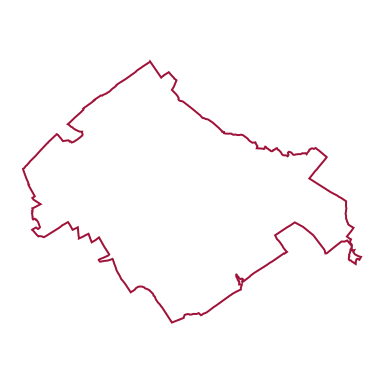 outline of Albesti, Botosani, Romania
{"feature_id": "2599482B63147515307079", "entity_name": "Albesti", "entity_type": "district", "adm_level": 2, "iso_a3": "ROU", "parent_name": "Romania", "parent_adm1": "Botosani", "projection": "albers", "projection_center": [27.098, 47.691], "detail": "fine", "context": "isolated", "style": "outline", "palette": "rose", "viewbox_px": 384, "rotation_deg": 0, "n_neighbors": 0, "source": "geoboundaries", "source_scale": "gbopen_adm2", "svg_char_len": 5944}
<svg xmlns="http://www.w3.org/2000/svg" viewBox="0 0 384 384"><path d="M125.7,284.6L130.7,292.3L131.3,291.9L133.8,290.4L135.0,289.4L135.9,288.2L137.6,287.1L139.4,286.5L142.3,286.6L142.7,286.9L144.3,287.4L145.0,288.3L145.7,288.6L146.9,288.9L149.6,290.3L149.8,290.8L150.6,291.4L153.2,294.1L153.6,295.7L154.6,296.4L155.1,297.4L155.7,299.0L156.3,300.1L157.8,302.3L160.0,304.6L160.9,306.1L162.1,307.4L171.9,322.5L183.7,317.9L183.7,317.3L184.7,314.9L187.2,314.1L188.7,314.1L189.8,314.6L190.4,314.6L191.6,314.5L193.4,313.9L196.5,314.0L198.7,313.1L200.9,315.2L202.1,314.7L203.4,313.6L204.2,313.5L206.7,312.4L213.7,307.1L216.3,305.4L230.0,295.5L231.8,294.4L232.1,294.0L237.0,291.3L240.9,289.5L240.8,287.7L241.3,286.6L241.9,284.4L239.1,284.5L239.3,283.0L238.9,281.7L239.2,281.6L238.8,280.8L238.4,280.8L237.7,279.8L237.3,278.3L236.3,276.6L236.2,275.8L236.3,275.1L236.1,273.8L237.2,275.7L238.4,276.9L238.8,277.8L239.6,278.7L240.4,279.0L242.2,278.6L243.0,279.4L242.8,279.7L242.1,281.3L242.2,281.9L242.4,282.1L245.3,280.0L249.6,276.7L250.6,275.6L254.4,272.8L267.1,264.8L270.0,262.7L271.6,261.9L283.9,253.4L284.3,253.7L287.0,251.9L285.8,250.8L283.3,247.6L282.7,246.6L282.3,245.5L281.5,244.7L281.0,243.7L279.3,241.5L278.5,240.5L277.1,239.3L275.1,235.3L286.8,227.5L290.2,225.5L294.8,222.4L303.1,226.9L313.3,235.2L324.2,249.5L324.6,250.3L325.4,253.4L325.7,253.3L326.5,253.4L327.1,253.0L335.1,246.5L341.5,241.5L344.4,241.6L347.2,240.5L351.7,245.8L351.6,247.3L351.5,248.0L351.3,248.4L350.5,249.3L350.6,249.6L350.5,250.3L349.7,253.4L349.0,254.8L349.2,255.0L349.3,255.4L349.3,255.9L349.0,256.4L349.3,256.9L348.9,257.7L348.8,258.3L348.8,259.3L349.1,259.8L349.7,260.4L350.2,260.3L350.8,260.4L351.6,261.3L353.7,262.7L354.2,262.6L354.4,262.7L354.5,263.2L354.6,263.3L355.7,264.0L355.9,261.3L356.5,259.4L356.9,259.0L357.6,258.8L358.1,258.9L358.9,259.6L359.4,259.8L361.0,256.9L358.7,256.3L355.2,254.5L354.7,254.0L353.3,252.0L354.3,250.1L352.3,250.5L352.1,249.5L351.3,249.3L351.2,249.0L351.7,248.1L351.8,247.5L351.8,246.3L352.0,245.6L351.9,245.0L351.6,244.4L349.8,242.3L351.0,239.3L349.7,238.7L346.9,236.5L351.7,230.5L353.5,227.8L349.3,225.2L348.2,224.4L348.0,223.0L347.4,222.3L346.5,219.3L346.1,218.8L346.1,215.8L345.6,214.0L345.7,212.9L346.1,210.9L346.0,210.2L346.4,208.8L345.9,205.0L346.1,204.0L346.0,202.7L346.1,201.3L342.5,198.8L340.2,197.4L339.1,197.0L338.3,196.3L336.6,195.2L334.2,194.0L330.3,191.9L309.3,178.5L315.4,170.8L317.2,169.0L318.2,167.6L325.3,159.1L326.7,157.1L318.9,150.5L316.0,148.4L315.6,148.0L313.9,148.9L312.1,148.3L311.1,148.6L310.4,149.3L309.5,149.5L309.1,150.8L307.0,153.3L306.6,154.2L305.5,153.2L302.9,153.4L302.3,153.2L301.4,153.8L300.3,154.2L298.6,154.1L296.0,154.4L294.6,154.8L293.5,154.8L293.1,154.6L291.5,152.8L290.8,152.3L288.8,151.8L288.0,152.6L287.9,152.8L288.5,155.0L288.0,155.9L287.5,156.3L286.5,155.5L285.9,155.3L284.0,155.4L282.7,155.0L282.1,154.4L280.7,152.0L280.0,151.4L279.3,150.5L277.6,149.5L277.2,148.3L276.8,148.2L275.9,148.5L274.4,149.8L273.5,149.9L273.2,150.1L272.9,150.8L272.6,151.1L271.9,151.2L271.3,151.2L270.7,151.0L269.9,150.1L268.9,149.7L268.2,148.8L266.9,148.3L266.3,147.4L265.8,146.9L265.2,146.7L265.0,147.2L264.7,147.5L264.4,148.8L263.8,149.0L262.3,148.6L256.8,148.3L257.3,147.1L257.0,146.8L257.3,145.9L256.0,144.1L255.7,143.5L255.8,143.2L255.7,142.9L255.4,142.6L255.2,143.0L254.7,142.6L254.1,142.5L252.3,142.7L249.6,140.9L248.4,139.7L247.8,138.8L246.6,137.8L243.0,135.2L242.4,135.0L241.2,134.7L238.7,135.1L237.5,135.0L235.6,134.6L233.1,134.7L231.4,133.7L230.0,133.6L226.6,133.7L224.4,133.3L224.0,133.2L224.0,132.2L223.6,132.3L222.9,131.8L221.4,132.0L221.8,131.8L222.2,131.2L221.8,131.0L219.1,128.2L212.8,122.6L208.0,119.4L205.7,119.0L203.9,118.1L202.6,118.0L199.8,115.0L191.9,108.5L183.3,101.8L181.8,101.1L180.3,100.9L179.0,100.3L178.4,99.3L178.6,98.4L178.6,97.9L177.5,96.0L176.0,94.1L171.9,89.9L173.8,86.8L176.5,80.3L175.2,79.2L174.2,78.6L173.9,77.8L171.6,75.5L168.8,72.2L163.8,75.3L163.4,75.9L162.6,76.3L161.2,77.6L150.1,61.5L150.0,61.8L149.4,62.2L143.1,66.3L136.7,70.7L136.1,71.5L134.7,72.6L125.3,79.3L123.3,80.5L117.9,83.9L116.3,85.2L116.4,85.5L114.9,86.9L112.4,88.7L109.3,91.7L107.7,92.5L106.8,93.3L103.1,94.9L102.1,95.7L101.0,95.4L94.4,99.8L93.7,100.5L94.0,100.6L91.1,102.9L84.0,107.9L83.3,108.6L83.7,108.8L83.4,109.7L80.6,112.5L74.7,117.7L70.5,121.8L67.8,124.2L68.7,124.6L69.6,125.3L70.6,126.5L72.5,127.4L72.8,127.8L73.8,128.7L74.5,129.0L75.5,129.8L76.7,130.2L77.8,130.9L80.1,131.7L82.0,131.7L81.8,132.3L82.2,132.9L82.6,134.6L82.5,135.0L82.2,135.5L80.8,136.8L77.6,139.3L74.4,141.4L72.8,142.2L71.5,142.5L70.8,141.5L70.4,141.3L69.6,141.6L68.7,140.4L68.4,140.3L62.9,141.1L61.1,138.7L57.9,134.9L57.1,134.3L56.6,134.2L56.4,134.7L55.1,135.7L48.3,142.1L48.1,142.6L47.1,143.4L40.3,150.6L35.8,155.7L30.1,161.3L28.3,163.6L27.6,164.2L26.8,165.3L25.8,166.0L24.9,167.2L24.4,168.0L23.0,168.9L23.1,169.4L26.1,177.8L26.8,179.5L28.0,182.0L28.3,183.3L28.7,184.1L28.4,184.1L28.5,185.1L34.8,196.3L32.3,198.0L33.6,199.7L40.6,204.2L34.1,207.6L32.3,208.3L32.5,208.7L32.7,210.0L32.4,210.6L32.0,210.9L32.5,211.8L32.5,212.1L32.4,212.5L31.9,213.0L32.2,213.8L32.4,216.1L32.7,216.6L32.7,217.0L32.5,217.7L32.5,218.3L32.8,218.9L33.2,219.5L34.2,218.8L34.9,218.8L35.1,218.9L35.8,219.7L36.0,219.5L36.4,219.7L38.2,222.2L39.3,225.5L39.6,226.2L40.0,227.3L38.6,228.7L38.0,229.0L36.0,227.5L32.3,229.6L32.1,229.8L33.2,230.7L37.1,235.2L38.4,236.4L39.0,236.1L40.7,236.2L42.2,236.5L43.7,237.2L45.6,236.3L58.2,228.4L60.4,226.9L62.5,225.1L63.8,224.5L68.0,222.1L69.9,224.9L72.6,229.8L76.5,228.0L77.8,227.3L78.6,236.0L79.0,237.4L78.9,238.5L83.7,236.3L85.1,235.4L88.5,233.8L91.7,242.3L95.4,240.2L99.0,237.4L104.7,247.5L106.0,249.3L109.2,254.4L108.8,254.8L108.6,255.3L108.1,255.6L103.5,257.7L100.2,259.0L98.7,259.8L98.7,260.0L99.9,261.6L100.1,261.7L105.2,260.8L107.6,260.6L110.6,259.7L112.5,258.9L113.0,259.8L114.5,264.5L115.3,266.2L116.5,270.2L118.2,273.4L119.1,274.6L121.2,279.0L123.1,281.2L125.7,284.6Z" fill="none" stroke="#9f1239" stroke-width="2"/></svg>